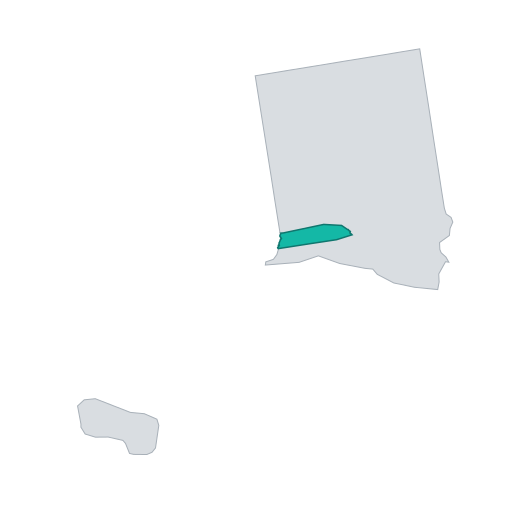 location of Machinda, Litoral, Equatorial Guinea, rotated 261°
{"feature_id": "11065452B59369715507709", "entity_name": "Machinda", "entity_type": "district", "adm_level": 2, "iso_a3": "GNQ", "parent_name": "Equatorial Guinea", "parent_adm1": "Litoral", "projection": "natural_earth1", "projection_center": [9.965, 1.936], "detail": "fine", "context": "in_parent", "style": "filled", "palette": "teal", "viewbox_px": 512, "rotation_deg": 261, "n_neighbors": 0, "source": "geoboundaries", "source_scale": "gbopen_adm2", "svg_char_len": 2436}
<svg xmlns="http://www.w3.org/2000/svg" viewBox="0 0 512 512"><g transform="rotate(261 256 256)"><path d="M434.1,283.4L434.3,316.4L434.4,344.4L434.6,374.6L434.7,406.1L434.9,432.8L435.0,450.1L409.7,450.0L376.2,449.9L342.6,449.7L309.1,449.6L292.2,449.5L273.7,449.5L267.7,450.4L263.6,454.7L258.7,455.7L252.9,452.0L246.0,450.2L244.1,446.4L240.6,439.4L233.7,438.6L230.2,439.4L225.3,443.4L219.7,445.5L220.7,442.3L209.7,433.7L201.7,432.8L194.4,430.2L200.3,407.7L207.8,387.9L218.9,372.9L224.8,369.3L226.7,361.9L235.5,337.5L246.4,317.6L243.0,297.6L245.6,263.8L248.7,264.8L249.2,268.0L250.0,272.7L254.1,276.8L267.7,283.3L308.0,283.3L332.1,283.4L367.8,283.4L405.5,283.4L434.1,283.4ZM114.3,56.3L117.3,56.8L135.8,56.3L140.8,63.8L140.2,74.9L121.2,107.4L117.7,121.0L110.3,132.6L103.9,133.5L82.1,126.7L78.4,122.6L77.0,117.1L79.2,104.1L80.8,100.2L91.3,97.8L94.7,95.7L100.3,81.7L102.2,69.0L106.9,59.4L114.3,56.3Z" fill="#d9dde1" stroke="#a8b0b8" stroke-width="1"/><path d="M261.9,354.2L262.2,354.0L262.6,353.8L263.1,353.3L263.7,352.8L263.7,352.7L263.8,352.7L264.2,352.4L264.3,352.4L264.9,352.6L265.0,352.6L265.1,352.9L265.3,353.0L265.5,352.8L265.9,352.7L266.2,352.3L266.5,351.8L266.6,351.7L266.9,351.7L267.1,351.5L267.7,351.2L267.8,351.1L267.8,350.6L272.8,345.3L276.6,327.8L275.5,306.4L274.5,286.7L274.7,284.4L274.7,284.2L274.5,284.3L274.3,284.2L274.1,284.0L273.6,283.6L272.8,283.0L272.5,282.9L272.1,282.7L271.9,282.7L271.7,282.7L271.5,282.8L271.4,283.0L271.2,283.2L270.9,283.2L270.7,283.1L270.4,283.3L270.2,283.5L269.9,283.6L269.7,283.7L269.5,283.8L269.4,283.9L269.2,283.8L269.2,283.7L269.0,283.3L269.0,283.2L268.9,283.0L268.8,282.9L268.7,282.9L268.5,283.0L268.4,283.0L268.3,282.9L268.3,282.7L268.2,282.7L267.9,282.5L267.9,282.4L267.7,282.3L267.4,282.2L267.2,282.1L266.9,281.9L266.7,281.8L266.6,281.7L266.4,281.6L266.2,281.5L266.1,281.4L265.9,281.3L265.7,281.2L265.4,280.9L265.2,280.7L264.9,280.7L264.7,280.8L264.4,280.8L264.2,280.8L264.0,280.7L263.9,280.6L263.7,280.6L263.5,280.3L263.5,280.2L263.4,280.1L263.2,280.0L263.1,280.3L263.1,280.5L262.9,280.6L262.8,280.3L262.8,280.2L262.9,279.9L262.9,279.7L262.6,279.7L262.5,279.8L262.4,279.9L262.4,280.0L262.2,280.0L262.0,279.9L261.7,279.7L261.5,279.4L261.4,279.3L261.4,279.2L261.2,278.9L261.0,278.7L260.9,278.7L260.9,278.8L260.7,278.9L260.4,278.9L260.2,278.9L259.8,279.1L259.8,280.5L259.8,281.0L259.7,311.1L259.6,324.5L259.5,338.2L261.9,354.2Z" fill="#14b8a6" stroke="#0f766e" stroke-width="1.5"/></g></svg>